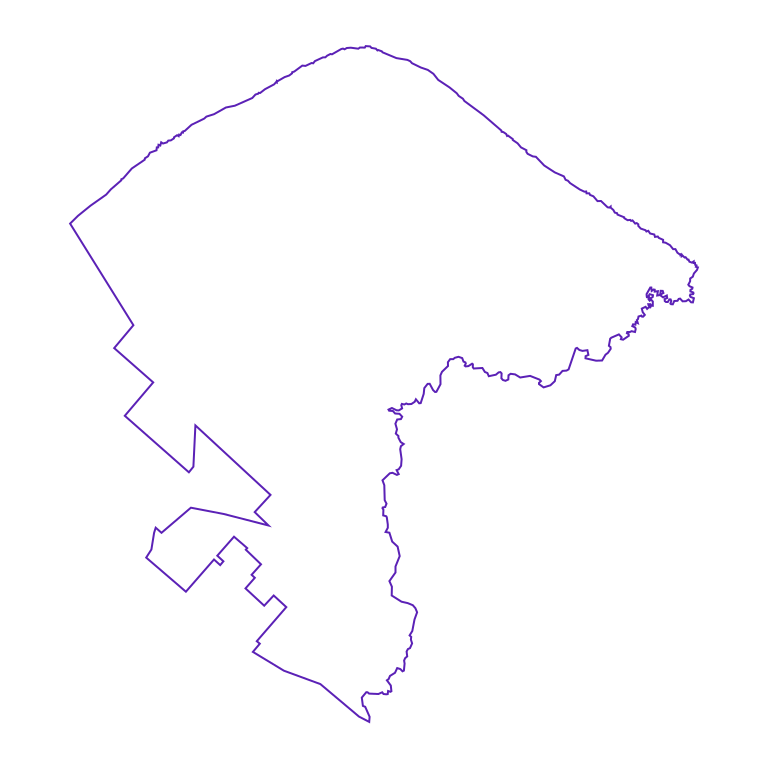 the district of Punta Indio, Buenos Aires, Argentina, rotated 270°
{"feature_id": "61730980B33989982283720", "entity_name": "Punta Indio", "entity_type": "district", "adm_level": 2, "iso_a3": "ARG", "parent_name": "Argentina", "parent_adm1": "Buenos Aires", "projection": "robinson", "projection_center": [-57.315, -35.457], "detail": "fine", "context": "isolated", "style": "outline", "palette": "violet", "viewbox_px": 768, "rotation_deg": 270, "n_neighbors": 0, "source": "geoboundaries", "source_scale": "gbopen_adm2", "svg_char_len": 6135}
<svg xmlns="http://www.w3.org/2000/svg" viewBox="0 0 768 768"><g transform="rotate(270 384 384)"><path d="M500.6,697.9L501.2,695.9L502.6,696.5L503.2,695.2L505.1,695.0L505.0,693.7L506.6,693.7L505.4,691.9L506.3,689.4L508.4,688.5L508.3,687.6L510.8,685.6L510.5,684.6L512.3,682.7L511.7,681.7L513.1,681.7L512.8,680.6L513.8,680.7L513.5,679.9L515.3,677.4L518.9,675.4L518.9,673.1L522.8,670.0L525.3,665.6L525.7,663.1L528.2,663.1L530.1,658.8L531.5,657.8L531.1,655.0L533.5,654.3L534.5,650.1L537.2,648.3L536.5,646.4L537.8,645.5L539.4,640.8L542.1,638.3L543.7,638.3L544.9,636.7L544.4,635.2L547.6,632.5L547.1,631.1L548.1,630.2L547.8,627.6L549.8,624.3L550.7,624.2L553.4,617.5L554.8,617.1L555.4,614.8L558.1,613.3L560.4,610.6L561.4,610.6L560.4,609.4L560.7,607.6L567.0,601.0L566.9,597.5L571.7,593.4L573.1,590.0L574.7,589.3L574.7,586.5L576.5,586.2L576.3,584.4L578.5,579.8L584.8,570.2L587.3,567.9L588.2,565.6L591.6,563.9L595.6,554.8L602.5,544.2L611.2,535.9L611.6,532.8L614.2,527.6L616.2,526.3L617.8,526.4L620.6,521.0L624.7,517.6L628.0,512.8L628.9,512.8L632.4,508.0L632.0,507.1L634.0,506.2L635.9,503.4L636.2,501.6L637.4,501.4L652.7,483.7L667.0,464.4L669.3,462.9L672.1,458.7L674.7,456.8L680.6,449.5L688.1,438.2L694.2,433.4L698.1,427.8L700.5,420.8L704.8,412.0L706.8,410.2L708.1,407.4L709.9,396.4L715.7,382.5L716.7,381.8L718.0,378.1L717.6,377.4L719.3,375.9L720.1,371.5L721.6,370.1L721.9,365.7L720.4,364.8L720.5,360.0L719.3,358.3L720.3,350.8L720.0,346.8L718.7,344.6L719.4,343.0L719.0,341.3L713.7,332.0L714.0,330.4L712.3,327.1L710.7,325.4L710.6,322.9L706.9,314.9L704.7,313.2L705.0,311.6L702.1,305.5L702.4,302.3L696.4,294.2L695.8,292.2L694.7,292.1L692.5,289.2L690.9,284.6L686.9,277.7L687.2,276.9L685.4,276.8L685.8,276.0L683.7,274.2L678.8,265.0L675.0,260.1L675.2,258.7L674.3,258.2L673.5,255.5L670.0,252.3L662.3,234.9L660.5,225.9L653.8,214.0L651.4,206.4L649.4,204.2L643.2,191.5L637.0,184.7L636.7,183.2L635.4,183.0L635.6,181.8L633.0,180.5L633.4,179.1L631.8,178.7L632.8,177.1L630.7,174.0L629.6,173.9L627.6,170.8L627.4,168.3L625.6,166.9L624.5,163.0L625.7,161.2L622.5,160.3L623.2,158.5L620.6,158.2L620.6,156.8L617.7,156.5L615.3,149.9L611.7,148.0L609.7,144.9L608.3,144.7L599.5,131.8L589.6,123.2L588.7,121.3L587.7,121.3L578.7,110.9L573.4,106.2L562.4,90.6L552.2,78.0L544.4,70.1L442.8,133.4L419.9,114.2L385.6,153.2L352.2,124.8L295.7,188.9L301.3,193.4L342.6,195.4L273.1,270.5L255.9,254.7L242.5,268.5L254.0,223.8L260.3,190.9L235.2,161.5L240.3,155.7L235.2,154.1L218.5,151.4L210.4,146.2L176.3,185.9L208.5,214.0L202.9,220.2L206.7,223.4L212.3,217.3L231.3,234.0L219.9,247.2L218.3,245.8L203.7,261.0L193.2,251.6L190.2,254.8L179.6,245.5L162.3,264.2L172.5,273.7L160.9,286.3L126.8,256.8L124.3,259.8L116.1,252.9L97.3,283.9L83.9,320.4L51.4,359.0L46.1,369.2L51.2,369.6L61.2,365.2L62.1,362.9L70.4,361.8L75.8,366.3L75.7,367.6L74.4,369.1L74.0,378.4L75.7,382.2L74.0,383.5L73.7,386.3L73.9,387.7L77.0,388.1L76.2,390.5L76.8,391.4L82.5,390.8L87.7,386.9L88.9,388.6L92.1,390.0L95.2,395.0L99.9,397.2L98.9,400.4L96.7,402.5L97.4,403.9L104.4,404.6L107.4,404.1L109.8,405.1L111.6,407.2L116.5,406.6L118.9,407.9L119.9,410.0L124.6,412.1L128.4,410.9L131.1,411.2L132.6,409.6L137.0,412.3L148.5,414.5L155.7,417.1L159.8,415.4L162.8,412.8L164.9,407.7L166.3,401.5L172.5,391.7L181.3,391.9L186.9,389.4L195.5,395.5L201.5,395.5L211.9,399.7L221.4,397.6L226.4,392.2L235.3,389.4L236.0,385.6L240.2,387.8L243.4,387.8L250.7,386.8L251.7,386.3L252.6,383.2L258.3,383.4L259.7,382.5L260.5,382.7L261.0,385.2L264.3,386.5L267.8,384.7L282.8,384.3L287.7,382.5L294.7,389.8L295.2,392.5L293.1,396.9L293.9,398.7L297.9,396.6L298.7,398.7L302.2,401.1L308.8,401.6L318.8,400.2L321.8,400.9L324.0,403.7L325.9,400.7L330.3,398.4L332.0,398.4L334.4,395.8L338.7,397.0L344.3,395.4L348.5,397.2L348.9,400.9L351.3,402.2L354.2,399.5L354.5,395.1L357.0,392.9L357.3,389.1L358.4,388.5L360.0,391.9L357.7,396.6L357.6,398.8L359.6,402.1L362.8,401.3L364.1,401.9L363.5,404.3L364.5,406.2L363.8,408.0L364.0,411.4L366.2,414.7L368.7,415.9L364.7,419.2L364.9,420.7L374.1,423.7L379.9,424.3L384.1,427.6L384.2,429.7L377.9,433.1L376.0,435.1L376.2,436.4L383.8,440.5L392.6,440.4L396.2,442.0L402.0,448.0L405.8,447.9L408.9,450.2L408.9,453.3L410.2,454.8L411.2,458.5L409.9,462.2L406.4,463.5L405.6,465.4L404.5,465.8L402.3,464.7L401.6,465.6L401.9,468.4L404.3,472.1L403.7,472.9L400.7,472.8L399.5,473.7L400.0,482.4L396.0,484.9L395.0,487.4L391.8,488.8L393.3,495.9L395.6,498.6L395.9,500.4L394.6,501.6L389.7,501.4L388.0,502.9L387.2,505.5L388.5,508.3L392.7,508.5L394.2,510.6L393.6,515.1L390.5,520.2L392.1,530.1L388.4,539.5L386.9,540.9L385.1,539.0L383.9,539.0L380.6,543.6L382.7,550.4L386.8,554.8L392.9,556.2L393.4,559.2L397.1,562.5L397.4,566.5L398.6,568.6L419.5,575.7L420.1,577.0L418.0,579.4L417.1,582.5L417.8,587.4L413.1,588.4L411.8,585.6L409.7,585.5L407.3,596.1L407.5,602.1L413.3,605.5L415.2,608.0L419.2,610.7L420.9,610.5L422.2,608.9L429.3,610.2L430.3,611.3L433.6,618.9L430.7,621.6L428.8,620.9L428.3,623.1L432.2,628.8L433.8,628.7L434.8,626.9L436.0,627.3L436.0,629.9L436.8,631.6L436.0,635.0L439.0,635.7L440.5,635.2L441.9,632.3L443.7,633.1L443.3,635.4L445.9,635.7L444.9,637.8L447.9,636.9L449.0,638.0L451.5,638.5L452.4,641.4L451.3,642.1L451.3,643.1L453.1,644.8L455.9,642.7L459.4,641.8L461.2,645.6L459.1,647.1L460.7,648.8L460.6,650.3L461.6,650.7L462.6,648.6L463.8,648.3L463.8,650.4L462.3,651.4L462.2,652.8L466.5,652.8L468.4,651.1L467.3,649.7L468.4,648.8L471.0,652.7L472.8,653.0L473.8,649.7L471.9,648.5L470.6,649.4L470.2,648.4L470.8,646.9L471.9,646.7L473.9,646.6L480.5,650.3L480.5,651.3L477.1,651.7L478.5,653.6L478.3,654.7L476.4,654.7L476.8,657.9L472.5,657.2L472.8,659.2L473.9,660.3L477.2,660.7L477.1,662.7L475.0,663.4L473.7,661.0L472.3,660.9L470.7,663.0L472.5,666.8L470.0,667.2L468.9,664.6L466.9,664.8L466.0,666.0L466.0,667.8L468.6,669.4L468.6,670.6L467.0,671.3L464.4,670.4L463.8,671.1L463.7,672.8L467.0,674.3L467.2,677.5L469.1,678.7L469.4,680.1L466.7,682.6L466.8,685.9L468.5,688.5L465.7,691.1L465.6,692.9L469.8,693.9L471.1,690.5L472.4,689.9L473.5,690.3L473.9,693.1L474.6,693.5L475.5,693.3L476.6,690.4L478.0,690.4L479.3,692.3L480.5,692.5L481.8,689.5L483.3,688.3L486.7,690.1L489.5,690.2L491.3,692.8L494.5,693.9L498.1,697.0L500.6,697.9Z" fill="none" stroke="#5b21b6" stroke-width="2"/></g></svg>